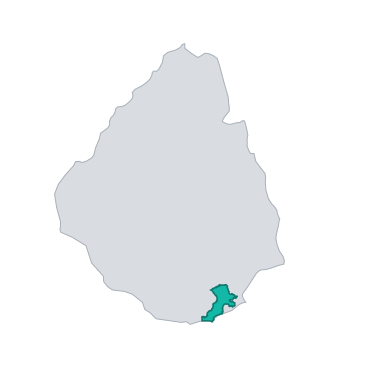 location of Castillos, Rocha, Uruguay, rotated 33°
{"feature_id": "84410073B93691162353295", "entity_name": "Castillos", "entity_type": "district", "adm_level": 2, "iso_a3": "URY", "parent_name": "Uruguay", "parent_adm1": "Rocha", "projection": "albers", "projection_center": [-53.824, -34.08], "detail": "fine", "context": "in_parent", "style": "filled", "palette": "teal", "viewbox_px": 384, "rotation_deg": 33, "n_neighbors": 0, "source": "geoboundaries", "source_scale": "gbopen_adm2", "svg_char_len": 6363}
<svg xmlns="http://www.w3.org/2000/svg" viewBox="0 0 384 384"><g transform="rotate(33 192 192)"><path d="M297.2,255.2L295.1,257.1L292.7,260.8L290.0,269.6L280.9,281.8L279.1,288.7L269.3,295.9L262.5,304.0L258.0,303.8L254.0,307.2L230.9,317.9L222.6,316.1L216.4,316.2L210.6,311.6L197.6,310.2L189.4,312.2L178.5,317.5L175.2,317.5L172.8,317.3L166.8,315.3L163.5,310.9L146.4,306.2L132.4,294.8L116.2,295.2L103.9,297.2L101.9,295.7L100.5,292.7L97.8,288.4L86.7,278.5L77.8,268.5L75.7,258.5L76.4,247.4L78.4,234.2L77.7,230.1L80.8,227.7L83.8,227.1L86.7,223.5L89.2,218.3L89.5,214.4L87.1,207.4L85.2,197.4L83.3,192.5L86.4,184.5L86.4,180.7L84.2,177.4L83.5,173.9L84.3,170.4L84.0,167.0L82.6,163.7L83.4,161.0L86.5,158.7L88.8,155.3L90.2,150.9L90.9,147.4L90.8,145.1L89.7,143.0L87.7,141.0L88.4,136.8L92.0,130.5L94.2,125.0L95.2,120.1L94.9,116.3L93.6,113.4L94.0,111.4L96.3,110.3L97.3,107.1L96.6,99.5L93.9,93.2L95.6,88.1L100.8,82.1L103.4,77.3L103.5,73.7L105.1,71.6L107.8,75.4L115.5,76.1L123.2,76.0L124.4,75.0L127.2,68.6L131.2,66.7L135.5,66.1L140.3,66.2L145.5,70.3L160.1,83.5L170.8,92.8L174.1,97.2L176.9,100.5L179.1,103.6L178.4,111.7L178.6,115.2L179.1,116.3L181.5,116.3L185.0,115.6L187.9,113.9L190.2,111.2L192.4,109.0L194.2,107.9L194.9,106.1L195.9,104.3L197.0,103.9L199.1,105.2L204.0,109.8L207.9,114.0L208.8,116.4L210.3,119.0L211.9,121.2L213.0,123.3L216.7,126.1L220.4,127.9L222.9,126.0L229.2,131.8L243.1,136.7L245.7,139.6L248.1,143.8L253.0,150.2L259.7,156.0L265.0,158.4L270.2,159.8L273.1,161.1L275.0,163.3L278.2,165.7L280.2,166.6L280.8,168.7L282.9,173.4L285.0,179.3L287.3,184.8L292.2,190.0L297.8,194.1L303.6,196.5L306.9,199.4L308.3,202.4L304.3,206.8L300.1,212.3L296.3,216.7L292.4,219.7L291.1,221.8L290.3,225.1L290.3,242.4L289.9,248.9L290.2,250.6L290.7,251.7L293.2,253.4L296.0,254.9L297.2,255.2Z" fill="#d9dde1" stroke="#a8b0b8" stroke-width="1"/><path d="M261.1,264.0L262.5,263.9L263.3,264.0L264.3,264.6L265.2,264.6L265.3,265.1L266.2,265.1L267.6,265.8L268.3,265.5L268.5,265.5L268.5,265.9L268.8,265.9L269.3,266.3L269.5,266.3L270.2,266.7L270.9,267.0L271.3,268.2L271.8,269.3L272.4,269.5L272.0,270.0L271.7,270.6L272.0,270.9L272.1,271.2L272.3,271.5L272.3,271.8L271.5,272.5L271.0,273.7L270.7,273.8L270.6,274.5L270.7,274.8L271.1,275.2L271.6,275.2L271.8,276.1L272.2,276.5L272.1,277.3L272.2,277.6L272.4,277.8L272.5,278.4L272.2,279.1L272.4,279.4L272.6,279.7L272.7,279.8L272.7,280.1L272.5,280.4L272.7,280.6L272.8,280.8L272.5,280.9L272.1,281.5L271.7,281.6L271.7,282.0L271.4,282.3L271.4,282.7L271.0,282.9L270.9,283.3L270.9,283.7L270.9,284.0L270.9,284.4L270.7,284.8L270.7,285.1L271.2,286.1L271.4,286.7L271.5,286.8L271.8,286.8L272.0,286.9L272.1,287.0L272.3,287.2L272.2,287.3L271.8,287.3L271.8,287.5L271.8,287.8L272.1,288.2L272.0,288.6L272.0,288.8L271.8,288.9L271.5,289.2L271.6,289.4L271.4,289.6L271.2,289.8L271.2,290.3L271.1,290.5L270.9,290.6L270.5,290.6L270.4,290.3L270.2,290.0L269.8,290.0L269.6,290.1L269.4,290.4L269.2,290.4L268.9,290.6L268.9,291.0L268.4,291.2L268.3,291.5L268.6,291.8L269.4,292.8L270.6,294.6L271.0,294.3L271.5,294.0L271.7,293.8L272.0,293.6L272.5,293.3L272.9,293.1L273.0,293.0L273.5,292.7L273.9,292.4L274.0,292.3L274.4,292.1L274.6,291.9L275.0,291.7L275.3,291.6L275.7,291.3L275.9,291.2L276.0,291.1L276.8,290.7L277.4,290.4L277.6,290.3L277.8,290.2L278.0,290.1L278.4,289.9L278.8,289.8L279.0,289.9L279.1,290.0L279.3,290.1L279.4,289.9L279.5,289.8L279.4,289.8L279.3,289.7L279.2,289.6L279.2,289.4L279.2,289.1L279.3,288.8L279.4,288.4L279.5,288.3L279.8,287.7L280.0,287.6L280.0,287.4L279.9,287.3L280.0,287.3L279.9,287.3L279.8,287.2L279.7,287.1L279.7,286.8L279.4,286.8L279.2,286.9L279.0,286.7L278.9,286.4L278.8,286.1L278.8,285.9L278.8,285.2L278.9,284.6L279.0,284.4L279.1,284.0L279.1,283.9L279.2,283.7L279.3,283.4L279.4,283.1L279.6,282.9L279.8,282.6L280.1,282.1L280.2,281.9L280.3,281.8L280.3,281.7L280.8,281.0L281.0,280.8L281.0,280.7L281.3,280.4L281.4,280.2L281.6,279.9L281.8,279.7L282.1,279.3L282.2,279.2L282.4,278.9L282.5,278.7L282.8,278.4L283.0,278.2L283.2,277.9L283.4,277.7L283.5,277.6L283.7,277.4L282.4,276.3L283.3,275.7L282.5,274.5L281.1,273.5L281.3,272.9L280.3,272.0L280.2,270.0L280.0,269.5L280.2,268.8L280.5,268.5L280.8,267.7L282.1,267.3L282.8,266.6L283.2,266.2L283.9,266.4L284.9,266.7L284.9,267.2L285.3,267.4L285.7,267.7L285.8,267.6L286.0,267.2L286.8,266.7L286.8,266.2L287.2,265.8L287.6,265.8L287.9,266.1L288.2,266.3L288.7,266.3L288.8,266.1L288.5,265.5L288.7,265.1L289.3,264.7L289.7,264.5L289.8,264.2L289.6,263.4L288.8,262.6L288.7,262.5L288.5,261.9L288.4,261.8L288.3,261.7L288.0,261.9L287.2,261.9L286.3,261.7L286.0,261.7L285.8,261.8L285.5,262.1L285.5,262.4L285.2,262.5L284.4,262.8L284.1,263.0L283.9,263.1L283.3,262.7L282.6,262.7L282.4,262.3L282.4,261.7L282.9,261.5L283.1,261.3L283.3,261.0L283.4,260.9L283.7,261.1L283.9,261.0L284.4,260.8L284.7,260.4L284.6,260.0L284.5,259.8L284.8,259.2L284.8,258.6L284.4,258.3L284.4,257.9L284.7,257.7L285.5,257.7L286.2,257.6L286.3,257.4L286.3,256.5L286.4,256.4L286.6,256.3L286.9,256.3L286.9,256.2L286.7,255.9L286.6,255.6L286.6,255.4L286.8,255.1L286.7,254.9L286.4,254.8L286.2,255.0L285.9,255.3L285.2,255.8L284.9,256.1L284.7,256.3L284.4,256.0L284.0,255.4L283.9,255.4L283.8,255.5L283.6,255.3L282.8,255.3L282.7,255.7L282.5,255.8L282.3,255.8L281.9,255.7L281.6,255.5L281.4,255.5L281.1,255.5L281.1,255.9L280.7,255.9L280.7,256.3L280.1,256.9L279.9,256.9L279.7,256.8L279.3,256.9L279.0,257.0L278.8,257.0L278.3,256.8L277.8,256.4L277.6,255.8L277.5,255.5L277.1,255.2L276.9,255.2L276.4,255.1L276.1,254.8L275.7,254.8L275.5,254.5L275.3,254.1L275.0,253.9L274.7,253.4L274.4,253.2L274.0,253.2L273.8,253.1L273.6,252.9L273.5,252.7L273.1,252.3L273.1,251.7L272.9,251.5L272.7,251.5L272.4,251.6L271.5,251.3L271.3,251.2L271.2,251.4L270.8,251.4L270.6,251.6L270.3,251.7L270.0,252.0L270.1,252.5L269.9,252.7L269.2,252.9L268.9,253.1L268.7,253.1L268.3,253.7L268.0,253.6L267.9,253.9L267.4,254.0L266.8,254.7L266.4,254.6L266.4,254.9L266.1,254.6L265.9,254.5L265.7,254.7L265.6,255.1L265.5,255.6L265.5,256.0L265.1,256.1L265.1,256.3L265.3,256.4L265.6,256.6L265.3,256.9L265.0,257.1L265.0,257.5L264.9,257.7L264.7,257.7L264.4,257.8L264.5,258.0L264.7,258.3L264.4,258.5L264.5,258.7L264.5,258.9L264.4,258.9L264.2,258.7L263.8,258.8L264.0,259.2L263.9,259.3L263.7,259.4L263.7,259.5L263.3,259.8L263.0,260.2L263.0,260.4L262.9,260.5L262.7,260.6L262.8,260.9L262.8,261.0L262.7,261.3L262.5,261.7L262.3,261.8L261.9,261.8L261.9,262.1L262.0,262.3L261.1,264.0Z" fill="#14b8a6" stroke="#0f766e" stroke-width="1.5"/></g></svg>